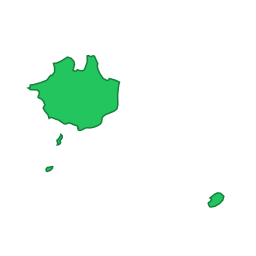 SVG path tracing the border of Trapani, rotated 278°
{"feature_id": "ITA-5409", "entity_name": "Trapani", "entity_type": "Province", "adm_level": 1, "iso_a3": "ITA", "parent_name": "Italy", "parent_adm1": "", "projection": "mercator", "projection_center": [12.517, 37.467], "detail": "fine", "context": "isolated", "style": "filled", "palette": "green", "viewbox_px": 256, "rotation_deg": 278, "n_neighbors": 0, "source": "natural_earth", "source_scale": "10m", "svg_char_len": 1806}
<svg xmlns="http://www.w3.org/2000/svg" viewBox="0 0 256 256"><g transform="rotate(278 128 128)"><path d="M172.2,113.2L168.6,112.8L159.3,113.1L149.8,114.7L145.5,114.4L142.8,111.9L138.1,103.9L136.1,101.9L134.5,101.0L130.0,101.0L128.0,99.9L126.0,97.5L124.3,94.5L123.3,92.1L122.8,90.0L122.6,88.1L122.3,86.3L121.3,84.7L120.0,83.0L118.9,80.9L119.0,79.2L120.9,78.2L121.1,78.8L122.8,77.8L123.3,77.2L123.1,76.8L123.9,72.8L124.1,72.7L124.7,70.0L124.8,68.8L124.6,68.1L123.6,66.5L123.3,65.2L123.2,64.2L123.5,63.7L126.2,58.2L126.9,54.4L127.6,52.0L127.7,50.0L126.5,48.5L129.9,47.0L132.9,43.6L136.0,41.2L139.6,42.5L143.1,40.1L144.6,38.3L145.2,36.0L145.8,34.7L147.4,34.8L149.2,35.3L150.6,35.5L153.0,33.3L152.8,29.8L152.4,26.1L153.7,23.6L154.4,25.3L155.7,25.2L157.0,25.3L157.6,28.0L160.5,34.6L163.6,40.3L164.8,41.5L168.0,43.1L169.4,44.1L169.5,45.4L173.1,47.5L178.0,46.8L181.6,45.2L182.4,48.3L184.5,51.9L189.8,58.2L189.1,62.0L186.5,65.1L183.4,66.2L177.3,65.5L176.9,68.6L178.7,69.7L178.2,71.9L178.2,74.3L178.9,76.1L180.7,77.0L187.9,78.5L193.7,77.5L194.2,78.8L193.4,81.4L194.7,83.3L194.4,84.8L187.5,89.1L185.9,88.9L185.7,88.8L182.4,89.8L177.7,92.7L173.6,96.5L172.2,100.3L172.6,102.0L174.4,102.7L173.6,108.8L172.2,113.2ZM70.1,218.9L74.5,223.1L76.1,225.4L76.3,228.6L73.7,232.4L69.7,231.9L65.8,229.0L63.0,225.6L62.5,224.6L61.6,222.3L61.3,220.0L62.7,218.9L63.2,218.7L64.0,218.1L64.6,217.9L65.4,218.2L66.5,219.6L66.9,219.9L68.0,220.2L68.7,220.6L69.4,220.4L70.1,218.9ZM101.4,60.3L102.9,60.5L104.1,60.1L105.1,59.6L106.1,59.4L106.9,60.2L108.6,61.3L110.7,62.2L112.3,62.4L111.0,64.0L109.2,64.1L107.4,63.4L106.1,62.4L104.4,63.3L103.0,62.9L102.0,61.8L101.4,60.3ZM78.4,56.2L79.1,57.4L79.2,58.8L77.6,58.7L75.6,57.3L74.4,55.4L73.7,53.9L74.3,52.9L76.3,52.7L77.6,53.6L78.4,56.2Z" fill="#22c55e" stroke="#15803d" stroke-width="1.5"/></g></svg>